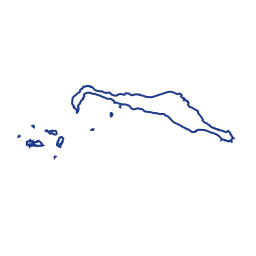 outline of Antique, Antique, Philippines, rotated 283°
{"feature_id": "2640588B32523752073662", "entity_name": "Antique", "entity_type": "district", "adm_level": 2, "iso_a3": "PHL", "parent_name": "Philippines", "parent_adm1": "Antique", "projection": "equal_earth", "projection_center": [121.674, 11.308], "detail": "fine", "context": "isolated", "style": "outline", "palette": "blue", "viewbox_px": 256, "rotation_deg": 283, "n_neighbors": 0, "source": "geoboundaries", "source_scale": "gbopen_adm2", "svg_char_len": 5678}
<svg xmlns="http://www.w3.org/2000/svg" viewBox="0 0 256 256"><g transform="rotate(283 128 128)"><path d="M131.4,74.7L131.5,75.0L132.4,75.4L133.9,75.7L135.0,75.6L135.3,75.3L136.1,75.5L136.9,75.1L137.1,74.6L137.9,74.2L138.7,74.7L139.0,74.6L140.0,75.0L140.5,75.5L142.0,75.6L143.0,76.2L143.9,76.1L144.9,76.7L146.1,77.9L146.4,77.8L146.8,77.3L147.1,77.2L149.0,78.4L149.8,78.1L150.3,77.5L150.7,77.5L151.4,78.0L152.4,79.1L153.3,80.6L153.7,82.1L153.5,82.7L153.8,84.1L153.3,85.6L153.7,87.2L153.8,88.6L153.4,90.3L153.3,93.2L153.1,93.9L153.0,95.0L152.5,96.3L152.5,98.4L151.8,101.0L152.4,103.6L152.4,105.1L151.3,108.1L150.1,109.1L149.5,109.1L149.5,109.4L150.0,110.1L150.2,111.4L149.3,115.9L149.6,116.1L149.4,116.2L150.4,120.0L150.1,123.5L149.7,124.7L148.2,126.3L147.4,128.9L147.7,129.9L149.5,133.3L149.2,135.1L149.6,137.4L148.0,140.4L148.1,141.3L147.9,141.6L148.5,146.3L148.3,150.0L149.0,152.8L148.6,155.4L149.0,156.6L149.7,160.1L148.5,161.8L148.5,163.4L148.3,164.1L146.8,166.9L144.9,169.4L143.7,171.8L142.9,176.1L141.9,179.7L141.2,181.3L141.1,182.3L140.4,185.5L140.6,185.5L140.4,185.6L140.6,185.8L140.3,185.7L140.3,186.0L140.6,186.1L140.3,186.1L140.1,187.5L139.2,189.2L138.8,190.8L138.4,191.4L139.3,194.2L139.7,194.6L139.8,194.2L140.4,194.5L142.1,197.0L143.1,201.8L143.2,203.1L142.9,206.7L142.2,210.0L142.3,211.4L142.0,213.8L141.4,216.4L140.5,218.6L139.7,219.9L138.5,221.3L138.4,221.7L137.6,221.7L138.0,222.1L138.0,223.0L138.3,223.9L138.2,224.5L137.9,224.6L137.8,225.0L138.1,225.7L137.6,226.3L137.8,227.1L137.5,228.5L137.9,228.6L138.2,229.3L138.0,229.8L138.6,230.5L139.4,230.9L140.3,231.7L141.8,232.3L141.5,232.8L141.7,233.2L142.1,232.8L142.0,232.3L142.3,232.1L142.4,231.7L143.3,231.3L143.8,230.4L144.7,229.8L144.9,229.2L146.0,228.9L147.7,226.5L147.7,226.1L146.2,225.0L146.1,223.8L146.6,219.4L146.4,217.0L146.6,217.0L146.7,216.4L146.8,216.4L147.0,215.2L146.7,214.6L146.8,214.3L146.7,214.0L147.1,213.0L147.1,211.8L147.3,211.9L147.7,209.2L148.1,207.8L149.1,206.9L149.1,206.1L149.4,205.7L149.5,205.0L150.3,203.6L150.7,201.1L152.3,198.8L153.3,198.9L155.0,197.1L158.4,192.9L160.2,192.3L162.3,185.3L162.5,183.1L164.5,181.0L166.2,181.4L167.0,179.9L167.4,180.1L167.9,179.1L168.0,178.2L167.6,176.1L169.4,176.4L169.8,175.1L169.5,174.6L169.6,174.2L170.8,172.5L171.8,172.9L171.9,172.5L172.2,172.5L173.1,171.6L173.2,170.6L172.6,169.8L172.1,168.7L172.4,166.8L172.7,165.5L173.1,162.0L172.7,160.5L171.8,158.3L163.4,144.4L162.4,139.3L162.8,135.9L162.8,132.1L163.3,131.4L162.8,130.2L162.8,129.0L162.5,127.8L161.0,125.1L160.8,123.9L160.8,123.4L161.2,123.0L161.6,121.4L161.8,120.1L161.1,117.7L159.8,117.2L159.5,116.9L159.5,113.3L159.0,111.8L156.7,109.1L156.6,106.0L156.8,104.9L157.5,103.2L157.8,103.2L158.1,102.6L158.4,101.7L157.1,98.7L157.4,96.2L157.9,94.3L157.6,93.4L157.3,91.6L157.3,90.4L157.4,90.1L157.3,89.0L157.6,87.3L159.8,83.8L160.1,82.6L160.1,81.5L159.7,81.7L160.0,80.2L159.7,78.4L159.1,77.9L158.9,77.3L158.5,76.7L158.5,75.5L157.1,74.7L156.4,74.9L156.1,74.7L155.4,73.6L154.4,72.9L153.8,72.9L153.0,73.2L151.5,72.2L150.5,71.2L146.9,68.5L145.6,67.7L144.2,67.3L139.2,68.0L137.3,69.9L136.8,70.8L136.0,70.4L135.7,70.5L134.4,73.8L131.4,74.7ZM91.4,32.5L90.9,32.8L90.4,32.8L89.6,33.8L89.2,33.7L89.0,33.2L88.9,33.2L89.1,34.8L88.7,35.0L88.6,35.6L88.9,35.7L89.1,35.3L89.2,35.6L88.8,36.0L88.8,35.8L88.6,35.8L88.6,36.0L88.5,35.8L88.3,35.9L88.5,36.8L88.2,36.8L88.6,37.1L88.1,36.9L88.6,37.4L88.8,37.1L88.6,36.9L88.7,36.7L88.7,36.9L88.9,36.8L88.9,37.3L89.5,37.4L89.7,37.2L89.9,39.3L90.1,39.2L90.6,38.1L90.7,38.6L91.4,39.0L91.4,39.6L91.0,40.1L90.5,40.2L90.5,40.6L90.3,40.4L90.0,40.7L90.0,40.8L89.5,40.6L89.5,40.8L89.0,40.7L89.9,40.9L89.8,41.2L90.1,42.0L89.8,43.5L90.0,43.6L90.3,43.8L90.4,44.7L90.7,45.1L90.7,46.1L91.0,46.6L91.0,47.3L92.0,49.1L92.2,48.6L93.1,47.6L93.2,47.1L93.7,47.1L94.1,46.7L94.2,46.2L94.6,45.9L95.0,44.4L95.3,44.3L95.4,43.7L95.0,42.7L94.5,42.3L94.1,42.6L93.9,42.5L93.7,41.1L93.4,40.9L93.6,40.8L93.3,40.8L92.8,38.1L92.7,37.9L92.5,38.4L92.4,38.3L92.7,37.3L92.7,37.8L92.8,37.3L93.3,37.8L93.5,37.8L92.9,37.2L93.2,36.5L93.4,36.3L93.5,35.7L94.1,35.9L94.3,35.6L93.6,35.5L93.5,35.3L93.5,34.9L92.4,34.5L92.6,33.9L92.2,32.9L91.4,32.5ZM98.3,62.5L96.7,62.5L96.6,62.8L95.8,62.5L95.3,62.6L94.8,64.3L94.9,64.7L94.7,64.6L94.4,65.1L94.1,65.9L94.2,66.4L94.3,66.4L94.2,66.2L94.3,66.1L95.2,66.1L95.3,65.8L96.0,65.8L96.3,65.5L96.2,66.0L96.3,66.2L96.9,66.4L97.1,66.0L97.5,65.9L97.7,66.0L97.7,66.9L99.3,67.0L99.3,67.3L99.8,67.5L100.2,67.5L100.5,67.2L101.1,67.0L103.0,67.4L103.3,66.7L103.8,66.5L104.3,65.4L104.3,65.0L103.5,63.9L103.0,63.8L102.8,63.3L101.5,63.4L101.2,63.1L100.9,63.2L99.9,62.9L99.5,63.1L99.3,63.0L99.3,62.6L98.7,62.6L98.6,62.8L98.3,62.5ZM106.4,51.9L106.2,52.2L105.2,52.5L104.9,53.1L105.0,53.8L105.5,54.1L105.8,54.7L105.1,57.7L105.2,58.6L105.6,59.3L106.3,59.8L108.0,59.2L108.9,58.2L108.7,56.7L108.1,56.0L107.9,55.3L108.0,54.9L108.3,54.9L108.2,54.3L107.5,53.1L106.7,52.2L106.8,52.1L106.7,52.2L106.4,51.9ZM138.6,107.9L135.5,108.6L135.5,108.9L135.6,109.3L137.7,109.8L139.0,108.5L138.9,108.2L138.6,107.9ZM108.5,34.3L108.1,34.8L107.6,36.1L108.5,36.0L109.0,35.6L108.9,34.8L108.5,34.3ZM106.9,48.3L106.6,48.4L106.5,49.1L106.7,49.4L106.6,50.1L106.4,50.2L106.6,50.8L106.9,50.0L107.4,50.1L107.5,49.7L107.5,49.3L106.9,48.3ZM117.8,92.8L118.3,94.0L118.2,94.4L118.9,94.6L118.9,93.8L118.6,93.3L118.2,92.8L117.8,92.8ZM96.1,22.8L95.9,23.5L94.9,23.3L95.4,24.4L95.8,24.4L96.0,24.2L96.1,22.8ZM83.3,62.9L82.8,63.1L83.4,63.3L83.9,63.9L84.0,63.7L83.8,63.3L83.3,62.9ZM147.1,115.1L146.4,115.4L146.4,116.0L146.7,115.9L146.9,115.5L147.4,115.4L147.1,115.1ZM138.1,231.5L137.8,231.9L138.1,232.2L138.4,231.8L138.1,231.5ZM89.5,38.1L89.2,38.4L89.3,38.7L89.7,38.7L89.5,38.4L89.5,38.1Z" fill="none" stroke="#1e3a8a" stroke-width="2"/></g></svg>